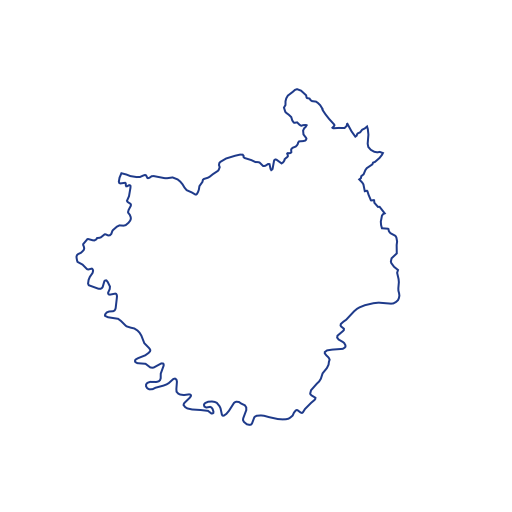 Lang Giang, Bắc Giang, Vietnam, rotated 230°
{"feature_id": "81297802B94506734482800", "entity_name": "Lang Giang", "entity_type": "district", "adm_level": 2, "iso_a3": "VNM", "parent_name": "Vietnam", "parent_adm1": "Bắc Giang", "projection": "mercator", "projection_center": [106.283, 21.368], "detail": "fine", "context": "isolated", "style": "outline", "palette": "blue", "viewbox_px": 512, "rotation_deg": 230, "n_neighbors": 0, "source": "geoboundaries", "source_scale": "gbopen_adm2", "svg_char_len": 6149}
<svg xmlns="http://www.w3.org/2000/svg" viewBox="0 0 512 512"><g transform="rotate(230 256 256)"><path d="M253.3,419.4L256.2,417.7L257.4,415.6L259.8,413.6L263.5,412.2L267.3,412.1L270.2,413.7L276.7,420.1L281.3,423.2L283.8,424.3L283.8,421.3L284.5,418.5L283.8,415.3L284.5,412.8L284.3,411.7L283.5,410.5L283.6,408.8L290.1,409.3L298.5,411.0L298.6,410.6L297.4,409.2L297.1,406.1L301.0,401.6L304.0,397.5L304.6,397.1L305.1,397.0L305.4,399.3L305.8,400.2L306.6,400.4L314.1,400.1L319.9,400.3L324.6,400.8L325.9,401.2L325.9,401.5L330.3,402.1L333.4,401.8L335.7,401.2L338.6,398.5L340.2,398.0L342.2,398.2L344.2,396.6L344.9,396.6L346.9,397.7L353.7,396.8L357.4,394.7L358.2,392.6L358.1,389.8L358.4,383.5L357.3,380.5L355.6,378.1L352.7,375.6L351.7,372.8L347.6,371.1L346.1,371.2L343.2,371.9L339.8,372.3L336.5,370.9L333.9,370.7L333.3,371.1L331.9,373.4L328.6,373.7L327.3,374.1L326.6,374.5L325.9,376.3L324.2,378.5L323.6,378.8L322.9,376.7L322.9,375.1L321.8,372.7L318.6,370.5L314.3,370.3L313.4,370.0L312.8,368.7L312.8,367.8L313.7,366.0L316.1,362.7L315.8,361.2L315.0,360.1L314.5,358.7L314.3,356.8L315.3,353.8L315.3,352.2L314.8,351.2L312.8,349.8L312.7,349.0L313.0,348.0L314.5,346.3L314.4,345.7L312.9,345.2L312.0,344.6L311.7,343.6L311.8,341.7L311.7,340.1L310.9,339.1L310.3,337.0L310.5,335.1L316.6,333.6L317.5,332.9L317.7,331.9L317.4,331.1L312.1,324.7L311.9,324.2L312.0,322.9L313.3,323.1L317.7,325.4L318.7,324.4L319.1,321.2L319.7,320.1L320.4,319.3L325.4,318.8L326.7,317.8L328.4,315.9L332.4,314.1L338.5,310.2L339.9,310.1L340.8,310.9L342.2,310.9L343.9,309.0L346.2,304.5L349.9,295.8L351.0,289.3L350.8,287.7L349.5,286.1L347.4,285.3L346.0,282.9L345.7,281.6L346.4,275.5L346.5,271.4L346.9,269.4L348.5,265.6L348.5,264.3L347.2,262.6L345.9,257.6L343.5,254.8L342.3,252.7L341.5,250.6L341.6,249.5L342.2,249.0L345.9,247.7L351.0,245.2L354.4,245.2L358.1,245.8L361.7,245.8L365.0,245.2L369.8,242.6L372.8,237.8L374.4,236.0L383.0,229.0L384.2,227.3L384.4,224.8L384.9,223.5L385.4,223.0L385.8,223.0L388.4,223.6L389.4,223.1L390.1,221.4L391.1,217.9L393.3,215.2L398.0,211.1L401.7,209.1L405.9,206.1L403.7,201.8L401.1,198.7L399.8,198.2L398.8,198.7L396.2,202.8L395.4,202.9L393.6,201.6L392.8,201.4L392.3,202.0L391.8,204.4L391.1,204.9L390.3,204.9L388.9,203.6L383.4,197.1L381.2,192.6L379.9,192.4L376.6,193.4L375.6,193.1L374.9,192.3L373.2,188.1L371.9,186.2L371.3,185.9L368.7,185.8L366.3,185.0L364.9,184.0L364.0,182.4L363.4,179.7L363.4,176.0L364.4,174.0L367.2,171.1L367.9,168.3L367.8,163.0L367.5,162.0L365.9,159.3L365.8,157.4L366.7,156.0L369.3,154.7L369.9,154.0L370.0,149.2L370.5,147.9L371.9,145.8L371.4,144.4L371.8,142.2L372.9,141.1L376.8,138.4L377.3,137.7L376.2,131.3L375.6,130.7L374.0,130.2L372.4,129.4L371.4,128.1L371.1,126.2L371.0,123.9L371.8,121.0L371.8,119.7L371.1,118.3L370.0,117.4L367.5,116.0L366.2,115.5L360.9,117.6L354.6,118.1L353.5,118.8L351.9,122.1L351.5,122.3L350.4,122.2L349.4,121.7L348.1,120.0L346.8,115.3L345.3,112.4L342.8,109.6L341.1,109.1L332.3,114.2L330.8,115.8L330.5,117.2L330.8,118.6L334.2,123.7L334.2,124.7L333.5,125.7L331.4,125.7L326.5,124.5L324.7,122.7L323.0,119.2L322.4,118.7L321.7,118.5L320.8,118.7L320.2,119.4L317.6,124.1L316.9,124.5L316.0,124.4L314.6,123.7L313.0,122.1L306.3,115.0L305.5,113.7L305.2,112.5L305.5,111.1L307.9,107.8L308.7,105.4L308.3,103.1L307.7,102.2L307.1,101.9L304.3,103.2L296.5,110.0L293.0,110.8L286.3,111.4L285.2,111.7L281.6,114.0L278.7,116.2L275.1,117.3L272.1,117.5L268.7,117.0L261.0,114.4L254.4,114.9L252.7,114.8L251.8,114.5L251.1,113.6L250.8,111.5L251.1,107.3L253.5,100.1L254.0,97.7L253.9,96.5L253.2,95.7L252.3,95.4L250.2,96.2L244.4,102.1L238.6,103.4L237.0,104.8L236.3,106.0L234.6,114.4L233.4,115.7L232.5,115.7L231.4,114.8L227.1,107.4L223.6,104.4L222.6,102.7L222.5,101.1L223.1,99.6L223.7,98.5L227.6,94.0L228.4,92.0L228.6,90.5L228.2,89.2L226.8,88.0L224.9,87.7L223.3,88.1L222.2,88.8L220.4,91.3L219.7,94.3L216.2,101.8L215.1,105.0L214.7,107.5L214.9,113.6L214.2,115.1L213.7,115.4L212.2,115.5L210.5,114.6L205.3,109.5L203.1,107.9L200.5,108.0L198.7,108.8L195.8,111.4L193.1,115.7L192.4,116.4L191.5,116.7L190.9,116.5L190.4,115.8L190.0,114.1L189.5,106.9L189.2,105.8L188.4,104.7L185.8,104.6L183.4,105.4L179.5,108.4L173.5,114.7L168.2,119.7L164.0,120.6L163.3,121.6L163.2,122.4L164.2,123.4L166.7,124.4L168.6,124.5L169.9,123.9L171.9,120.5L173.8,119.7L175.4,120.4L175.9,121.3L176.0,122.7L175.1,125.7L172.9,128.7L170.7,130.6L168.7,131.6L164.3,131.5L162.1,130.9L156.4,127.9L155.2,127.8L154.4,128.7L154.1,131.8L154.8,135.8L157.6,144.7L157.5,146.0L157.0,147.3L155.1,149.1L152.5,149.8L148.8,151.5L146.3,151.2L144.2,149.5L139.9,141.9L138.7,140.6L136.8,140.1L133.0,140.8L130.9,142.4L130.1,143.6L130.1,144.5L130.4,145.5L133.5,151.0L133.6,151.9L133.2,153.8L130.7,157.3L128.4,159.5L124.2,162.4L117.1,167.9L113.7,171.4L111.7,174.0L110.5,176.3L110.2,178.3L110.2,181.5L111.6,184.4L112.1,187.0L112.0,187.9L111.2,188.7L107.7,189.5L106.6,190.0L106.2,190.4L106.1,191.4L107.3,195.2L108.1,203.9L108.1,208.3L108.4,209.5L109.2,210.4L113.6,208.9L115.1,208.8L115.9,209.2L117.8,211.9L119.1,220.6L119.3,223.7L120.3,226.8L123.3,231.6L124.6,238.3L126.1,241.7L128.1,243.9L129.2,245.7L130.7,246.2L132.1,246.3L134.7,246.0L137.2,246.1L138.2,247.0L138.0,249.8L135.3,254.2L129.1,262.8L128.8,265.0L129.0,266.2L130.1,267.1L132.6,267.6L134.2,267.3L138.9,265.6L141.3,265.7L142.6,267.2L142.6,274.4L142.8,275.7L143.8,276.6L147.3,275.9L148.4,276.1L149.4,277.3L149.5,280.8L149.2,284.1L150.6,295.7L150.6,299.5L150.1,302.3L148.3,307.8L144.3,315.7L141.4,320.0L132.7,328.8L131.4,330.7L130.8,333.6L130.9,336.4L131.9,338.4L133.4,340.3L135.4,341.6L137.9,342.8L139.8,344.3L144.1,348.6L146.7,350.4L152.4,353.3L154.0,355.8L159.0,354.8L163.7,355.1L165.1,355.8L167.1,358.4L167.5,365.5L174.0,370.8L176.4,373.4L179.7,375.3L181.1,375.7L182.2,375.6L186.7,373.8L187.9,373.6L189.7,373.8L191.6,374.8L192.1,374.6L196.3,370.3L199.3,371.7L202.1,373.7L206.0,378.5L206.4,380.4L205.9,382.0L214.2,382.3L215.2,381.0L220.7,380.9L222.8,382.3L223.4,381.8L224.1,380.4L224.8,379.8L230.6,381.6L234.0,383.0L234.7,382.9L235.7,381.0L241.8,384.3L243.9,384.6L248.3,384.3L248.2,386.4L249.5,388.0L249.4,390.9L251.5,395.0L252.1,397.3L251.4,404.0L252.3,405.7L251.6,407.6L251.7,413.6L252.5,417.5L253.3,419.4Z" fill="none" stroke="#1e3a8a" stroke-width="2"/></g></svg>